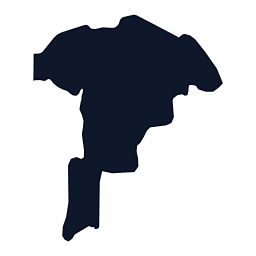 outline of Sokoto
{"feature_id": "NGA-2871", "entity_name": "Sokoto", "entity_type": "State", "adm_level": 1, "iso_a3": "NGA", "parent_name": "Nigeria", "parent_adm1": "", "projection": "equal_earth", "projection_center": [5.256, 12.709], "detail": "fine", "context": "isolated", "style": "filled", "palette": "ink", "viewbox_px": 256, "rotation_deg": 0, "n_neighbors": 0, "source": "natural_earth", "source_scale": "10m", "svg_char_len": 1572}
<svg xmlns="http://www.w3.org/2000/svg" viewBox="0 0 256 256"><path d="M134.0,15.4L136.3,16.0L156.5,26.5L176.7,37.1L177.4,37.6L177.8,38.1L178.3,38.3L179.1,38.1L183.2,35.0L184.5,34.7L188.4,35.8L189.7,36.1L194.5,39.7L204.5,52.2L216.2,69.0L222.0,83.1L218.5,86.8L212.9,91.0L206.0,91.0L199.0,88.8L197.8,87.3L196.7,85.5L195.4,84.9L194.1,84.5L192.5,84.2L189.2,84.3L188.2,85.4L187.8,87.9L187.7,90.4L186.9,94.4L185.1,95.0L182.4,93.5L177.2,94.4L172.7,97.8L171.8,100.4L173.1,116.9L171.0,122.1L168.4,123.6L165.8,124.6L149.7,126.7L146.1,130.4L143.4,136.1L139.7,142.3L136.3,145.4L135.9,151.7L137.3,158.8L137.6,166.3L134.0,171.3L112.1,172.5L101.6,170.2L99.0,181.7L98.4,226.9L97.0,228.1L95.4,228.3L94.7,226.8L93.6,225.9L92.8,226.3L91.9,226.6L90.8,225.8L89.3,225.3L87.8,225.8L74.2,233.9L71.7,238.1L68.5,240.6L65.3,239.2L63.0,235.7L63.6,226.6L66.8,217.5L69.2,202.5L68.8,165.5L71.4,159.5L76.5,157.8L81.3,159.9L84.6,157.7L84.8,150.4L82.7,134.9L83.0,131.3L83.7,127.8L84.3,120.8L82.7,114.8L80.3,109.4L80.8,105.5L81.5,101.9L82.0,100.5L82.3,99.1L82.3,97.3L82.5,95.5L83.5,92.6L83.8,89.7L82.5,87.6L80.7,88.4L79.4,90.7L78.3,93.2L76.1,95.0L73.3,94.7L70.8,93.1L68.4,90.9L65.9,89.7L63.3,88.9L58.5,86.5L54.1,83.0L51.9,80.2L49.7,78.0L47.1,78.7L44.6,80.3L40.0,79.3L34.6,79.5L34.0,79.7L34.2,77.5L34.4,54.5L39.0,54.3L41.1,53.7L43.1,52.4L54.4,38.3L57.7,35.2L61.6,33.2L70.1,30.4L84.3,25.9L86.6,25.6L88.2,26.5L89.8,28.5L91.5,29.5L95.6,29.8L102.8,28.1L113.0,28.7L115.5,28.1L116.3,27.6L118.5,25.6L119.5,24.0L120.7,20.5L121.5,19.1L123.5,17.8L134.0,15.4Z" fill="#0f172a" stroke="#020617" stroke-width="1.5"/></svg>